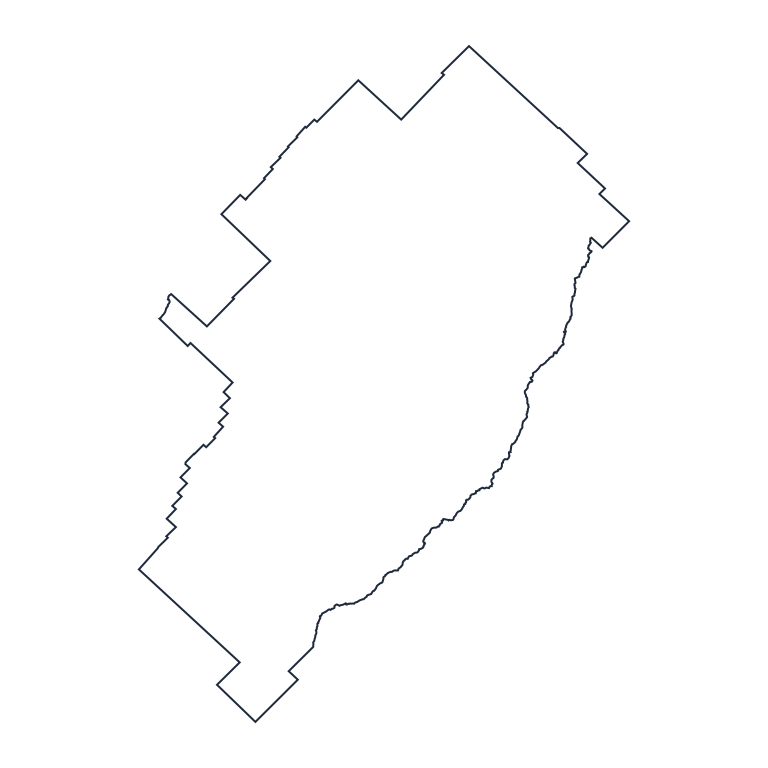 Azul, Buenos Aires, Argentina (Robinson projection)
{"feature_id": "61730980B4372559560876", "entity_name": "Azul", "entity_type": "district", "adm_level": 2, "iso_a3": "ARG", "parent_name": "Argentina", "parent_adm1": "Buenos Aires", "projection": "robinson", "projection_center": [-59.546, -36.837], "detail": "fine", "context": "isolated", "style": "outline", "palette": "slate", "viewbox_px": 768, "rotation_deg": 0, "n_neighbors": 0, "source": "geoboundaries", "source_scale": "gbopen_adm2", "svg_char_len": 6123}
<svg xmlns="http://www.w3.org/2000/svg" viewBox="0 0 768 768"><path d="M559.5,128.0L558.0,128.1L469.0,46.1L441.7,73.0L444.0,74.8L401.2,119.6L358.3,80.3L317.0,121.8L314.3,119.6L306.3,127.7L305.2,126.8L296.6,136.4L297.3,137.3L287.9,146.5L288.6,147.3L279.4,156.8L280.5,157.8L270.8,167.1L272.8,169.0L264.0,178.2L264.9,179.2L246.6,198.1L246.9,198.3L245.6,199.7L240.2,194.9L221.4,214.2L270.3,261.0L232.5,297.7L234.0,298.8L206.9,326.4L171.2,294.1L169.1,295.6L168.4,296.8L168.2,298.8L167.9,299.5L168.2,299.7L168.5,299.4L168.8,299.6L169.4,300.6L169.6,301.3L169.5,302.5L167.8,305.0L167.9,306.0L167.7,306.4L167.0,307.1L166.7,307.9L166.2,308.2L165.9,309.7L165.0,312.3L163.6,314.3L161.8,316.2L160.8,317.8L159.4,318.6L187.7,346.0L190.5,343.0L232.6,382.5L223.6,392.1L229.9,398.2L220.6,407.2L227.8,413.5L218.6,422.7L223.1,426.7L213.8,436.9L215.2,438.1L206.2,447.2L203.5,444.8L194.3,454.1L194.0,453.8L185.6,462.4L185.4,464.2L189.8,468.0L180.5,477.4L187.0,483.4L177.7,492.8L181.6,496.5L172.3,505.9L175.9,509.0L166.7,518.7L175.9,527.1L166.3,536.3L167.8,537.7L158.2,547.1L157.9,548.1L138.9,569.4L239.7,662.4L217.0,684.8L255.4,721.9L297.8,679.7L288.7,671.2L313.2,646.9L313.4,643.9L313.2,642.4L314.2,641.0L314.9,637.9L315.4,636.6L315.3,635.3L316.3,633.6L316.4,631.9L315.9,630.3L316.8,629.1L316.8,627.2L317.4,626.2L317.4,623.7L318.3,623.0L318.1,622.2L318.8,621.5L319.2,620.1L320.3,618.1L319.8,616.4L320.1,616.0L321.2,615.7L322.2,613.5L326.0,611.6L328.5,609.7L329.2,609.4L330.6,609.9L331.8,608.8L332.9,608.7L334.3,607.9L334.5,607.1L334.5,606.0L336.2,604.7L336.8,604.5L338.0,604.9L339.5,605.8L340.3,605.3L343.0,604.7L345.8,603.3L346.2,603.7L346.3,604.5L346.9,604.6L348.5,603.7L349.3,603.9L350.1,603.5L351.3,603.7L352.9,603.5L354.0,603.7L354.7,602.9L355.8,602.3L357.2,602.0L359.4,600.5L362.5,599.3L363.7,599.2L365.2,597.7L366.7,596.7L366.9,595.8L367.5,595.2L371.2,594.0L372.6,591.5L373.5,590.8L374.1,590.8L375.3,589.3L376.0,588.2L376.8,586.2L377.6,585.3L380.4,583.2L381.7,582.8L382.4,582.2L383.3,579.4L383.5,577.2L385.2,575.9L385.4,575.0L385.9,574.9L387.8,573.0L390.5,571.9L391.9,571.9L393.6,570.7L394.9,570.4L397.9,570.5L398.2,570.0L398.3,569.2L399.1,568.2L400.8,567.1L401.1,566.4L402.4,565.2L402.7,562.9L403.2,561.4L404.7,560.2L404.8,559.7L406.2,558.7L407.7,558.8L408.8,556.6L409.5,556.1L411.5,555.8L412.2,555.1L412.7,554.2L415.1,552.7L416.8,552.6L417.7,552.2L419.0,550.3L419.1,549.2L421.3,548.7L423.2,547.5L423.3,546.5L423.6,546.2L423.6,545.7L424.1,545.1L424.2,544.2L425.0,543.7L424.6,542.6L423.8,542.5L423.2,541.5L423.4,540.5L424.2,539.1L424.4,538.1L425.0,536.9L426.5,535.8L427.9,534.4L428.7,533.9L429.1,533.2L429.9,532.6L430.1,531.2L431.5,528.6L432.0,528.3L433.8,527.7L436.3,527.6L437.7,526.6L438.8,526.6L439.3,525.6L439.7,525.4L439.8,524.5L440.8,523.5L441.6,523.3L442.0,522.7L442.1,521.8L441.7,521.0L442.5,520.6L442.6,520.1L443.1,520.1L443.4,519.0L446.7,519.6L448.2,520.0L448.5,520.4L449.3,519.8L450.8,520.3L452.9,520.0L453.5,519.1L453.9,517.3L455.7,515.4L456.2,514.1L457.2,512.6L458.3,511.6L460.5,510.8L461.9,509.1L463.1,506.8L463.8,506.1L464.0,504.5L464.9,503.8L465.3,503.9L465.6,502.6L466.1,502.3L466.2,500.9L466.0,500.5L466.4,499.9L467.3,499.6L468.1,499.7L469.4,498.6L470.3,497.4L470.5,495.7L471.9,494.4L474.1,494.0L474.6,493.5L475.7,493.3L475.9,493.0L475.9,492.2L476.2,491.9L476.1,491.1L477.4,491.0L478.3,490.3L479.4,490.3L479.5,489.2L482.2,487.9L482.7,487.7L484.2,488.4L485.0,488.3L486.1,487.6L489.0,488.1L489.7,486.6L490.6,486.1L491.7,486.1L491.6,485.4L492.1,484.2L492.5,484.0L492.6,483.7L491.4,481.9L491.4,480.0L492.3,478.8L493.6,477.9L493.7,476.3L493.1,474.7L493.6,473.4L494.1,472.7L496.1,471.5L497.8,471.1L498.0,469.9L500.9,468.6L501.9,466.3L501.9,463.6L502.2,462.9L503.0,462.6L502.9,461.8L503.6,460.2L505.0,459.1L507.2,459.4L508.6,458.0L509.5,455.9L509.1,455.1L509.2,454.3L508.9,453.4L509.0,452.3L510.6,452.1L510.4,451.3L510.8,450.1L511.2,446.2L512.1,444.2L512.9,444.0L515.3,442.0L515.6,440.8L516.8,439.5L517.6,436.4L518.6,435.7L519.3,433.8L520.2,431.4L520.4,430.1L522.1,428.1L522.4,427.4L522.3,425.3L522.9,422.0L523.3,421.2L523.9,421.0L524.3,420.3L525.0,419.7L527.1,417.2L526.5,414.3L527.4,412.6L527.2,411.7L527.7,411.2L528.0,408.4L528.7,407.3L528.5,406.1L528.2,405.8L528.3,404.5L527.7,404.1L527.2,402.9L527.5,401.3L527.1,399.7L527.3,398.8L526.7,397.2L526.1,396.8L525.9,395.1L524.9,393.0L524.8,391.6L525.0,390.9L526.7,389.2L527.7,387.9L527.8,385.4L529.0,383.2L529.4,383.0L529.9,382.0L531.8,381.8L532.5,380.6L532.1,379.9L531.3,379.5L530.6,377.8L532.4,377.0L533.2,374.7L533.2,374.1L532.9,373.3L533.2,372.9L535.8,371.4L538.8,368.3L539.9,366.5L541.2,365.1L542.4,364.9L545.6,362.6L546.2,361.5L548.3,359.7L549.4,358.4L549.4,358.0L551.1,357.1L551.5,356.6L552.4,356.6L553.0,356.2L553.4,355.5L553.8,353.2L554.2,352.5L554.9,352.2L555.3,352.3L555.7,353.2L556.6,353.2L557.8,350.4L558.5,350.0L559.0,348.7L559.5,348.0L560.1,347.8L560.4,347.0L562.2,345.1L563.3,344.7L563.6,344.3L563.5,343.5L562.7,341.7L563.3,340.1L563.3,338.8L564.2,337.2L564.5,335.1L565.2,334.2L564.9,332.9L564.1,332.4L563.9,331.9L564.4,331.6L565.7,331.8L565.8,331.4L565.3,330.4L565.1,329.5L565.9,327.0L566.2,326.8L566.1,325.7L566.9,324.1L567.4,323.6L567.5,322.7L569.0,321.5L570.0,319.3L570.6,318.7L570.3,317.4L570.6,316.6L571.0,316.5L571.6,315.5L571.7,313.2L571.5,311.9L571.5,310.0L571.8,309.0L571.3,307.9L571.0,306.1L571.5,302.7L572.7,299.6L572.3,296.9L572.9,296.4L573.9,296.1L574.5,295.3L574.4,293.9L575.0,292.4L575.0,291.1L575.5,289.0L575.5,288.6L574.9,288.1L574.7,287.0L574.8,286.2L574.4,284.9L574.5,284.0L575.5,283.0L574.8,278.7L574.9,278.4L577.2,277.6L578.4,276.8L579.3,276.7L579.5,274.4L579.9,274.1L581.1,271.9L581.6,269.6L582.1,268.8L582.1,267.4L582.3,267.2L583.0,267.3L583.7,266.7L584.5,267.1L585.6,266.3L585.9,264.5L586.7,262.6L587.3,262.0L588.0,262.0L588.1,260.5L588.8,259.1L589.1,257.3L588.2,256.7L588.1,255.0L588.7,254.7L589.6,253.1L590.4,252.8L591.5,251.6L591.5,251.1L590.4,250.8L589.4,250.0L588.8,248.9L588.1,248.5L588.1,248.0L588.6,246.7L588.7,245.5L589.4,245.0L590.8,242.8L590.0,241.8L590.3,240.9L590.3,238.4L591.5,237.7L602.6,247.8L629.1,221.2L599.4,194.0L605.0,188.5L577.7,163.0L587.1,153.9L559.5,128.0Z" fill="none" stroke="#1e293b" stroke-width="2"/></svg>